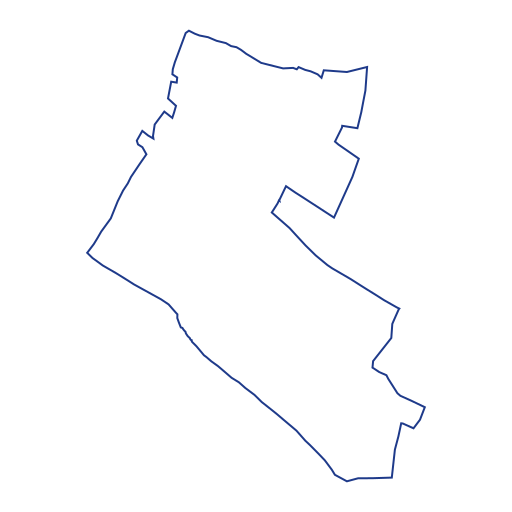 Nukunuku, Tongatapu, Tonga (Equal Earth projection)
{"feature_id": "48082658B69213589871259", "entity_name": "Nukunuku", "entity_type": "district", "adm_level": 2, "iso_a3": "TON", "parent_name": "Tonga", "parent_adm1": "Tongatapu", "projection": "equal_earth", "projection_center": [-175.292, -21.16], "detail": "fine", "context": "isolated", "style": "outline", "palette": "blue", "viewbox_px": 512, "rotation_deg": 0, "n_neighbors": 0, "source": "geoboundaries", "source_scale": "gbopen_adm2", "svg_char_len": 2067}
<svg xmlns="http://www.w3.org/2000/svg" viewBox="0 0 512 512"><path d="M367.1,67.0L346.9,72.0L323.8,70.3L321.5,77.8L317.6,74.3L310.6,71.3L305.2,69.9L298.6,67.1L296.8,69.3L293.1,67.9L283.1,68.4L281.5,68.0L261.2,62.9L248.9,55.4L246.2,53.8L244.0,52.1L240.9,49.8L236.5,47.2L231.1,46.1L225.9,43.1L216.6,40.8L208.1,37.2L199.5,35.5L194.8,33.7L188.9,30.7L185.7,33.0L176.0,59.2L174.9,62.1L172.8,69.2L172.4,74.3L177.2,77.5L176.7,82.6L171.2,81.7L168.0,98.5L176.0,105.8L174.1,112.4L172.3,117.9L164.3,111.6L154.7,124.5L153.0,136.0L153.4,138.6L148.1,135.5L142.3,130.9L137.0,140.3L136.8,140.7L138.0,144.4L142.4,147.2L146.4,154.3L139.4,164.4L131.0,176.9L127.8,183.4L123.1,190.5L117.7,201.3L110.8,218.4L101.2,231.6L97.4,238.2L93.8,244.1L87.2,252.8L92.5,258.0L102.8,265.5L116.3,273.3L128.2,280.7L133.8,284.3L140.5,288.0L161.0,299.3L168.6,304.4L175.7,312.5L177.4,314.3L177.3,318.1L178.8,322.3L180.8,327.4L182.4,327.9L183.2,329.2L184.2,330.5L185.5,331.8L185.9,333.4L187.7,336.1L189.9,338.2L190.3,339.3L191.0,340.0L191.7,340.2L191.8,341.4L192.2,342.0L196.4,346.2L199.0,349.3L204.0,355.3L206.2,356.9L211.3,361.3L218.1,366.2L225.1,372.2L231.6,377.8L238.9,382.3L245.3,388.0L254.5,394.9L261.8,402.1L269.4,408.1L276.9,414.1L283.7,419.9L296.4,430.6L305.3,440.7L310.0,445.1L317.5,452.7L318.5,453.7L324.8,460.3L331.8,469.7L334.9,474.8L346.9,481.3L358.0,478.3L372.7,478.2L391.8,477.6L394.9,449.6L398.4,436.4L401.2,423.3L402.8,423.5L413.5,428.3L420.0,419.7L424.8,407.2L411.9,401.0L400.4,395.8L397.4,393.2L388.3,378.9L386.4,375.2L379.3,372.1L372.5,367.6L373.1,361.1L391.3,338.0L392.3,323.9L394.3,319.3L398.7,309.4L399.3,308.6L397.0,307.5L384.1,300.2L375.0,294.4L366.6,289.2L360.9,285.6L350.7,279.1L332.3,268.4L327.3,265.0L315.7,255.4L305.6,245.5L302.0,241.6L295.8,234.9L289.6,228.1L271.8,212.5L277.6,203.4L279.0,200.3L279.4,200.6L279.3,200.2L286.0,186.2L295.7,192.8L304.3,198.3L334.0,217.6L352.4,176.9L355.9,166.9L358.8,158.7L348.9,151.8L338.5,144.6L335.0,141.6L342.0,127.5L342.2,125.8L357.4,128.2L361.3,112.1L362.8,104.1L365.4,90.6L367.1,67.0Z" fill="none" stroke="#1e3a8a" stroke-width="2"/></svg>